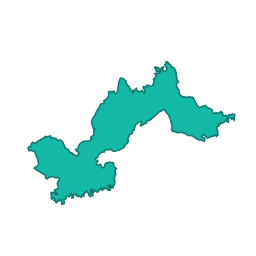 Lagoa Vermelha, Rio Grande do Sul, Brazil, rotated 64°
{"feature_id": "56859067B79352726163221", "entity_name": "Lagoa Vermelha", "entity_type": "district", "adm_level": 2, "iso_a3": "BRA", "parent_name": "Brazil", "parent_adm1": "Rio Grande do Sul", "projection": "albers", "projection_center": [-51.488, -28.199], "detail": "fine", "context": "isolated", "style": "filled", "palette": "teal", "viewbox_px": 256, "rotation_deg": 64, "n_neighbors": 0, "source": "geoboundaries", "source_scale": "gbopen_adm2", "svg_char_len": 5898}
<svg xmlns="http://www.w3.org/2000/svg" viewBox="0 0 256 256"><g transform="rotate(64 128 128)"><path d="M157.2,227.7L158.8,227.5L158.0,225.5L160.1,225.1L160.7,226.2L161.6,225.1L162.9,225.5L163.8,225.1L162.3,221.2L163.2,221.2L163.2,219.9L164.0,220.4L165.0,219.9L166.1,220.1L167.2,221.0L167.8,220.1L168.1,218.5L164.0,216.8L164.6,215.1L163.7,214.1L162.3,213.8L162.4,212.3L164.1,211.0L162.9,208.9L161.5,209.2L161.5,207.5L165.1,208.3L166.2,209.2L166.6,208.3L166.3,207.2L165.0,207.0L163.6,205.8L165.1,204.6L164.9,203.2L166.3,203.9L168.1,202.5L167.6,201.7L170.0,200.2L167.7,198.7L169.8,197.7L167.4,196.1L167.6,195.0L167.1,193.9L166.3,193.3L169.0,192.2L171.7,192.6L173.2,191.9L172.9,190.4L173.4,189.1L172.4,189.2L171.7,189.9L171.0,190.0L168.4,188.6L167.3,188.6L166.8,187.9L167.7,187.1L169.0,188.2L170.0,188.6L171.3,188.0L170.5,186.7L169.5,186.3L169.8,184.3L171.0,184.6L172.0,183.9L172.3,182.9L171.5,181.9L169.8,178.5L171.5,179.2L172.9,178.1L171.0,176.8L171.3,175.5L172.2,176.2L172.4,174.8L173.5,173.5L174.8,173.4L175.8,172.4L176.1,171.3L175.0,171.1L174.8,170.2L173.8,169.6L173.0,169.9L173.2,171.2L171.5,171.2L170.8,170.5L171.7,169.8L170.9,168.9L173.6,168.6L174.6,168.8L175.2,167.6L173.3,166.5L173.3,165.6L171.6,163.9L169.2,163.0L167.5,162.8L164.2,159.3L161.5,158.7L160.1,157.8L159.3,156.1L157.3,157.2L155.7,157.6L153.1,156.3L152.2,156.9L151.3,158.9L150.6,159.4L150.5,161.9L149.8,162.5L150.4,164.6L151.5,165.2L152.8,166.8L152.7,168.3L152.0,168.7L148.9,168.6L148.3,169.2L148.3,171.4L146.4,172.4L144.5,169.5L142.9,170.6L141.6,170.9L140.9,169.3L141.0,168.0L139.0,166.2L138.3,163.4L138.3,161.9L139.2,159.6L138.3,159.3L137.7,158.1L139.5,153.8L139.6,152.8L141.8,152.0L143.0,150.4L143.3,149.4L143.6,146.0L144.1,145.3L143.5,139.2L141.8,138.2L141.4,135.0L140.7,134.0L137.7,132.8L136.8,132.1L136.4,131.1L135.6,130.7L135.0,129.7L134.5,126.4L132.0,124.3L132.5,123.3L130.5,122.1L130.1,121.3L128.5,119.9L127.4,114.7L127.7,113.1L128.5,112.9L130.6,115.4L131.4,115.7L131.9,115.0L131.3,111.4L131.9,110.3L131.6,109.5L130.2,107.8L130.1,106.7L130.5,104.5L130.3,103.2L129.5,102.1L129.4,100.3L127.0,92.3L127.4,90.3L127.1,87.8L127.7,86.9L128.4,86.7L129.3,87.1L135.4,85.6L136.4,86.2L139.0,85.9L142.1,86.9L144.3,87.2L147.9,88.7L148.3,89.6L150.7,89.3L151.2,88.1L154.1,85.4L154.6,83.2L157.4,79.5L159.3,78.4L159.9,77.6L160.8,77.6L162.0,75.8L162.2,74.8L163.6,73.4L167.0,71.6L167.4,70.7L168.2,70.9L169.4,69.9L171.5,66.6L172.9,66.0L173.4,64.9L170.9,63.5L168.0,65.7L166.9,63.2L170.1,61.5L171.3,61.5L171.9,60.9L172.4,55.1L173.0,54.2L172.3,53.0L174.3,52.1L173.5,51.3L173.8,50.0L171.9,49.8L169.9,48.6L167.9,48.6L166.1,47.8L165.9,46.4L166.1,45.5L165.2,45.8L164.5,45.4L164.1,44.6L165.2,43.6L163.8,42.1L164.7,41.6L165.2,39.2L163.8,36.7L165.9,36.2L166.7,35.0L164.7,34.1L162.7,35.0L162.5,34.0L163.5,33.1L163.4,31.6L165.5,31.0L165.5,29.7L167.4,29.3L166.1,28.2L165.0,28.3L164.3,27.3L162.6,26.1L162.0,27.4L161.2,28.1L161.0,29.2L161.3,30.3L160.4,30.9L160.7,33.0L160.2,34.1L159.4,34.7L159.3,35.9L158.5,37.1L155.7,36.3L155.2,37.0L154.4,36.8L153.7,37.2L154.5,37.9L154.2,38.6L154.4,40.4L152.8,42.1L153.1,43.0L152.0,45.0L148.1,44.7L146.2,46.0L144.4,47.9L143.3,47.9L141.5,48.9L140.9,55.0L137.3,56.1L129.4,56.0L128.2,56.8L127.9,58.1L126.4,60.0L126.5,61.2L123.9,65.1L122.1,66.3L119.2,67.2L118.7,66.3L115.9,65.6L114.7,66.0L112.4,65.9L111.3,66.3L109.2,64.6L109.0,63.4L108.4,62.3L105.6,62.9L103.3,61.8L102.5,62.0L100.6,60.8L97.5,60.2L96.6,60.4L95.4,60.0L93.1,60.7L92.6,62.4L90.6,61.8L89.8,62.4L89.0,62.4L88.4,63.4L86.3,63.2L85.2,64.8L86.5,65.1L87.1,67.3L90.3,66.8L91.5,67.0L92.7,67.7L93.3,70.2L92.9,71.0L90.4,71.3L89.7,70.8L89.1,69.3L88.2,69.6L88.9,72.3L90.6,72.8L91.5,73.8L90.6,74.1L87.1,74.2L86.5,75.7L85.4,76.3L85.1,77.4L86.4,77.5L87.1,77.0L89.4,77.8L90.1,77.0L90.6,75.8L91.6,75.1L92.9,75.6L90.9,79.1L90.9,80.2L92.4,79.3L94.5,81.1L94.9,83.2L95.7,84.0L96.6,83.8L99.0,85.4L100.8,88.0L100.8,89.0L98.7,90.6L98.3,91.5L97.8,92.7L98.9,93.1L98.8,94.2L97.5,96.3L98.6,96.8L101.1,96.4L102.5,96.6L103.3,97.3L103.7,98.4L100.8,98.6L100.3,99.9L100.9,101.9L100.5,102.7L99.5,102.4L98.9,103.4L98.0,103.7L96.9,103.2L96.0,103.2L96.9,105.4L98.3,107.0L98.5,108.3L96.6,106.9L95.3,109.1L91.3,108.7L89.5,109.8L87.1,109.9L84.9,109.3L81.1,110.9L79.9,113.0L82.6,115.9L87.4,119.4L89.9,120.6L91.4,123.0L91.8,124.5L89.7,125.1L89.0,124.3L88.4,125.6L88.6,127.2L87.1,128.0L87.2,130.0L88.7,130.1L91.3,132.0L92.7,135.3L92.7,137.6L94.3,138.1L95.0,138.9L95.2,139.9L94.5,141.7L95.5,143.5L97.1,144.9L97.6,146.4L100.8,151.0L101.9,151.6L103.9,155.7L106.3,158.1L108.6,158.6L113.4,159.4L114.1,158.2L115.7,160.4L116.7,160.5L119.0,161.6L119.8,163.9L119.8,165.2L120.5,165.7L121.7,165.3L122.1,166.6L122.9,167.6L120.6,173.6L120.5,174.9L120.8,176.9L121.6,179.0L124.7,182.4L124.3,184.5L125.1,184.3L126.1,184.4L128.4,182.9L129.8,183.7L130.2,184.9L131.0,185.4L129.9,187.3L128.3,188.2L127.9,189.1L126.8,188.6L125.6,189.5L125.6,190.6L121.8,191.2L120.2,191.8L118.3,193.3L115.4,192.8L113.1,193.0L111.9,192.7L108.8,194.2L109.0,195.9L107.8,197.2L106.8,196.8L104.1,199.4L103.6,200.6L103.6,201.5L101.2,201.0L100.5,203.4L100.5,204.8L100.0,205.7L99.2,206.0L100.2,208.5L99.9,210.2L100.3,212.5L100.2,214.8L101.2,217.1L100.6,217.7L100.1,219.8L99.0,220.2L99.9,222.0L102.0,223.3L102.3,224.3L101.5,224.5L101.4,225.6L102.0,226.4L102.8,226.8L103.6,226.7L104.5,227.0L105.3,226.7L105.1,225.2L106.1,224.7L108.0,222.4L110.3,222.5L111.2,222.1L113.4,222.9L115.2,222.3L115.9,223.0L117.9,223.2L121.2,224.2L122.3,225.6L122.7,226.7L122.7,229.0L123.2,229.9L125.6,228.6L131.7,224.5L132.9,224.2L133.4,223.3L134.4,223.0L135.6,223.3L136.4,223.9L137.3,223.9L138.1,223.2L138.5,222.5L137.4,220.8L138.0,219.9L138.6,216.5L140.6,215.5L141.4,214.5L141.8,212.3L142.8,211.8L144.3,212.4L145.1,213.9L146.9,216.0L150.7,216.6L151.5,217.1L151.9,219.3L151.3,220.9L152.0,221.5L156.5,220.4L156.6,221.5L156.2,222.2L155.2,222.5L154.2,222.3L153.3,222.9L152.3,225.3L153.1,225.9L154.1,225.9L157.2,227.7Z" fill="#14b8a6" stroke="#0f766e" stroke-width="1.5"/></g></svg>